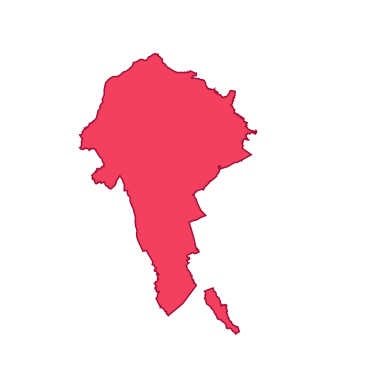 Karanganyar, Jawa Tengah, Indonesia (Mercator projection), rotated 233°
{"feature_id": "22746128B38192287274107", "entity_name": "Karanganyar", "entity_type": "district", "adm_level": 2, "iso_a3": "IDN", "parent_name": "Indonesia", "parent_adm1": "Jawa Tengah", "projection": "mercator", "projection_center": [110.98, -7.62], "detail": "fine", "context": "isolated", "style": "filled", "palette": "rose", "viewbox_px": 384, "rotation_deg": 233, "n_neighbors": 0, "source": "geoboundaries", "source_scale": "gbopen_adm2", "svg_char_len": 6081}
<svg xmlns="http://www.w3.org/2000/svg" viewBox="0 0 384 384"><g transform="rotate(233 192 192)"><path d="M108.5,117.5L114.8,139.3L118.1,139.4L118.3,138.7L120.5,140.2L120.6,139.4L124.5,140.6L125.1,141.6L126.4,140.6L127.4,141.9L132.2,142.1L132.8,141.7L136.1,143.2L136.5,142.8L137.1,144.0L137.3,146.8L138.1,146.2L140.9,146.6L140.7,147.6L140.1,147.7L140.0,149.9L141.3,150.4L141.7,149.6L142.5,149.7L142.5,149.0L144.1,149.4L144.5,150.0L143.6,153.0L143.5,155.5L142.8,156.7L141.7,156.6L140.8,157.5L139.9,161.5L140.4,161.8L141.3,162.1L141.9,161.7L142.3,162.0L142.7,161.4L143.8,162.2L144.2,161.2L155.0,166.1L169.5,171.4L168.5,175.5L167.2,178.1L166.2,184.5L165.2,188.3L165.0,188.8L164.1,189.0L171.8,187.9L179.6,189.5L183.4,190.8L189.3,191.3L188.5,192.0L190.0,194.3L190.0,195.0L189.4,195.6L189.9,196.5L189.7,197.6L188.2,201.8L186.8,202.4L188.1,204.5L189.1,211.5L190.2,212.7L189.5,213.1L189.4,214.9L189.8,221.2L190.4,221.4L191.6,225.2L193.0,227.6L196.0,227.9L196.6,228.7L196.3,229.2L197.1,229.5L195.9,229.4L195.9,228.6L195.4,228.9L195.6,229.6L194.4,228.8L194.0,229.5L193.7,229.4L193.4,229.0L193.3,228.9L193.3,229.0L190.8,235.9L189.9,243.7L188.4,245.9L186.1,261.8L196.6,258.4L197.0,258.4L197.9,260.6L199.5,260.7L199.9,261.4L200.8,261.1L201.2,262.7L202.1,262.3L202.2,263.9L203.0,264.6L202.8,266.1L202.1,266.3L202.5,266.8L200.1,267.6L199.6,268.6L200.5,268.3L204.0,268.5L204.0,269.1L205.3,269.5L204.9,271.9L205.4,272.2L203.6,273.0L203.8,275.7L200.2,277.5L200.8,279.2L201.8,280.2L202.2,280.1L201.6,279.8L202.0,279.4L201.6,278.8L202.2,278.1L202.7,278.8L203.2,277.7L204.4,277.5L204.5,276.7L208.6,274.6L210.4,274.9L212.1,274.2L212.1,275.8L213.5,275.7L213.8,277.7L214.6,277.7L214.8,277.1L215.8,276.8L215.8,276.2L216.8,276.4L217.5,275.8L218.4,276.8L219.3,276.6L219.3,277.6L219.7,277.8L220.5,276.8L221.8,276.9L221.6,276.1L222.4,276.3L222.4,275.6L223.2,276.4L225.2,274.9L225.6,275.6L226.1,274.9L226.8,275.2L226.8,274.5L227.6,274.6L228.9,273.5L229.3,274.0L230.0,273.3L231.8,275.5L234.3,275.1L235.8,275.4L236.0,276.0L238.0,275.4L238.3,277.5L239.9,278.9L239.9,280.2L241.6,280.2L241.6,282.7L242.8,282.8L243.1,284.2L246.4,287.0L249.7,284.1L249.7,283.0L248.3,280.8L247.5,277.8L247.8,275.7L248.2,275.6L249.0,273.2L249.9,273.5L250.1,273.1L252.4,273.3L254.3,271.5L255.3,272.2L255.1,271.3L255.8,271.2L256.4,271.9L256.9,270.7L257.4,271.4L258.0,270.9L257.8,271.9L259.5,271.3L260.5,272.0L260.3,271.2L261.0,271.1L261.9,268.9L262.8,269.0L263.2,268.0L263.8,268.3L264.1,267.4L264.8,267.5L265.4,266.7L267.2,267.3L268.8,267.2L271.0,268.5L273.8,268.8L275.5,267.8L276.3,266.6L278.4,265.6L283.2,260.4L283.8,260.6L283.5,261.9L284.3,262.9L282.4,265.2L283.2,266.4L284.4,267.0L284.9,265.9L288.6,264.2L289.6,263.3L290.1,262.6L289.5,261.8L289.7,260.9L290.8,260.6L290.8,259.0L292.3,258.0L292.4,257.1L294.0,255.4L294.1,254.6L294.9,254.3L295.7,252.6L299.5,250.2L307.1,247.3L311.0,247.3L313.1,246.3L316.0,248.3L318.0,247.6L319.4,247.7L321.4,246.8L322.2,247.9L323.0,247.1L323.3,246.2L324.7,245.9L325.2,244.2L325.5,239.3L326.0,238.6L324.8,235.9L324.8,234.7L325.4,233.5L327.5,232.3L328.9,230.6L329.7,224.8L330.7,223.1L328.5,220.4L328.0,214.2L328.1,211.9L329.2,209.0L328.6,205.3L329.3,201.4L331.1,199.3L331.9,197.3L332.0,192.5L331.1,188.6L326.8,183.7L322.5,180.4L319.7,175.8L317.3,174.9L317.0,172.3L316.0,170.3L315.6,169.7L314.0,169.1L313.4,165.9L309.5,161.4L308.1,158.9L307.9,156.8L308.2,155.6L307.4,154.2L307.8,154.1L308.0,152.9L307.6,152.1L308.5,151.4L307.6,150.4L306.4,147.5L307.3,147.2L307.5,146.4L306.7,145.8L307.2,145.1L306.7,145.3L306.6,144.5L307.0,144.2L306.5,141.9L306.0,140.5L304.9,139.8L304.1,138.5L304.2,137.3L304.8,137.4L305.2,136.9L303.5,136.4L301.1,136.5L301.0,136.9L300.4,136.4L298.2,133.4L297.1,133.1L294.8,130.7L294.9,128.9L293.7,129.3L293.5,129.0L291.7,130.3L291.0,132.4L291.3,133.6L289.2,134.7L288.8,135.4L287.2,134.9L287.1,136.6L287.7,137.5L286.8,137.7L286.4,139.4L285.2,139.6L284.1,140.7L283.7,140.2L276.5,139.5L275.7,139.8L275.4,139.4L272.5,140.2L270.9,139.0L266.9,138.5L266.3,137.1L265.4,136.9L266.5,135.2L265.6,132.4L266.1,131.6L267.3,131.3L267.1,130.5L267.7,130.1L267.1,129.8L267.0,129.1L266.2,129.1L266.7,127.3L265.4,127.2L266.0,124.8L265.5,122.0L263.8,121.5L263.1,120.6L262.4,121.1L262.0,120.5L261.6,121.8L260.0,121.3L260.0,120.7L256.8,120.1L256.2,120.4L256.4,120.9L255.8,121.9L256.1,122.4L255.6,123.4L256.2,124.1L255.5,124.8L253.5,124.7L253.2,126.8L252.7,127.2L252.8,127.9L250.8,127.8L250.1,127.0L248.7,127.2L247.8,127.6L247.7,128.1L246.1,128.2L245.9,127.7L243.2,129.1L243.7,134.6L245.0,136.9L246.3,138.2L248.4,144.2L244.8,144.0L238.3,142.3L233.9,138.6L232.1,141.1L230.9,140.8L230.8,140.1L230.1,139.7L227.7,138.9L225.2,139.4L221.5,136.8L213.4,134.8L205.9,131.6L202.7,129.0L199.3,126.8L193.6,124.6L192.1,122.6L188.5,120.6L185.1,119.5L174.2,117.2L172.8,120.2L159.6,118.7L158.0,116.5L156.2,117.6L154.8,117.2L152.5,117.8L152.2,117.3L152.7,115.3L151.3,114.5L150.5,115.5L148.6,115.7L147.8,114.5L147.3,115.9L146.2,116.0L146.3,114.0L144.9,113.8L143.4,112.4L142.6,112.6L142.6,111.3L141.4,110.5L141.4,109.6L142.3,108.8L141.5,107.8L141.5,106.8L140.3,107.3L139.4,106.7L137.8,106.9L137.9,104.8L136.8,104.2L135.4,105.0L134.9,104.0L134.2,103.7L132.3,104.3L132.5,105.7L132.2,106.0L130.8,102.5L129.4,101.9L128.7,99.3L121.0,97.8L119.7,98.4L119.5,97.5L118.7,97.0L118.3,98.1L115.5,99.0L112.6,98.6L112.1,99.5L111.4,99.0L110.7,99.2L110.2,98.3L108.6,98.5L108.2,99.1L107.6,98.8L108.5,117.5ZM52.0,145.8L56.9,147.4L57.5,146.4L61.9,144.6L65.0,145.3L65.2,144.7L68.4,144.7L68.9,144.8L68.8,145.5L71.7,145.7L72.5,146.6L75.1,146.7L75.2,148.1L77.8,149.4L78.9,149.3L79.9,151.0L81.1,151.5L81.6,150.0L82.4,150.3L82.8,149.9L83.1,147.7L84.0,147.9L84.1,147.6L83.3,147.3L83.4,146.8L88.3,149.0L91.7,149.7L94.2,148.9L97.4,150.5L98.5,150.4L98.9,149.8L102.7,151.0L105.3,142.2L102.3,142.0L101.9,140.4L99.9,139.3L99.7,138.0L97.9,137.9L93.9,136.4L89.5,137.8L87.0,137.4L84.3,138.1L82.7,137.3L77.9,136.9L75.4,136.0L71.6,138.5L70.5,138.3L67.9,139.2L64.9,139.2L62.9,137.6L61.2,138.5L61.0,140.0L59.0,140.9L56.2,140.8L54.2,141.7L52.5,141.2L52.0,145.8ZM187.6,250.3L186.9,250.3L186.3,250.4L187.6,250.3Z" fill="#f43f5e" stroke="#9f1239" stroke-width="1.5"/></g></svg>